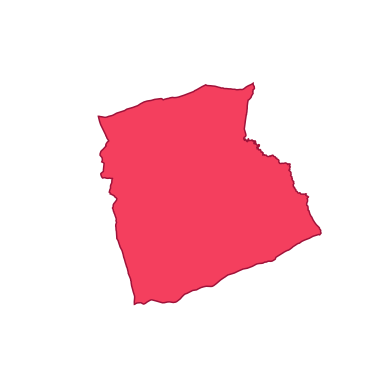 Toca, Boyacá, Colombia, rotated 46°
{"feature_id": "7082276B782512497823", "entity_name": "Toca", "entity_type": "district", "adm_level": 2, "iso_a3": "COL", "parent_name": "Colombia", "parent_adm1": "Boyacá", "projection": "natural_earth1", "projection_center": [-73.168, 5.579], "detail": "fine", "context": "isolated", "style": "filled", "palette": "rose", "viewbox_px": 384, "rotation_deg": 46, "n_neighbors": 0, "source": "geoboundaries", "source_scale": "gbopen_adm2", "svg_char_len": 6037}
<svg xmlns="http://www.w3.org/2000/svg" viewBox="0 0 384 384"><g transform="rotate(46 192 192)"><path d="M101.7,232.6L104.4,232.8L105.1,233.0L106.8,234.3L107.6,236.0L109.2,235.4L110.3,235.3L114.4,240.2L115.6,241.4L115.4,244.6L115.6,245.0L116.1,245.4L117.4,246.1L118.7,246.5L119.8,246.6L120.2,246.0L121.0,244.9L121.4,244.5L122.3,244.2L123.8,243.0L124.8,241.6L125.8,241.0L126.8,239.9L127.0,239.8L127.7,241.2L129.6,243.3L130.6,245.8L131.1,246.5L132.8,248.1L133.2,249.3L134.6,251.6L135.0,251.4L135.4,251.4L136.0,251.7L136.6,252.2L137.6,251.5L138.4,251.4L139.6,250.9L140.2,250.9L140.6,250.6L141.2,250.6L142.0,250.9L143.5,250.6L144.6,250.7L145.5,252.0L145.7,253.8L146.0,254.9L146.0,256.0L146.4,257.3L146.8,257.9L147.9,259.0L148.2,260.2L148.8,260.6L149.8,260.8L151.1,261.8L151.7,261.9L153.2,262.7L154.2,263.0L156.2,264.0L157.9,264.7L158.7,265.2L159.3,265.7L159.9,266.7L161.4,267.3L162.6,269.6L163.7,270.7L164.3,271.0L166.6,273.0L167.8,273.7L173.3,278.4L176.0,279.0L176.3,279.3L181.7,281.9L185.5,283.0L189.1,284.9L191.3,286.3L193.8,287.5L196.9,289.2L198.6,290.0L200.4,291.0L201.3,291.2L205.4,293.6L206.1,294.3L211.9,296.6L213.2,297.6L214.2,297.9L214.3,298.2L215.3,299.0L217.4,300.5L220.9,302.4L222.8,303.5L227.0,305.6L228.2,306.7L230.9,309.8L232.8,311.5L233.0,311.2L233.1,310.1L233.6,308.8L234.1,308.0L236.0,305.8L236.7,305.4L237.3,305.3L238.7,304.8L239.0,304.6L239.3,304.1L239.7,302.8L240.0,300.4L240.8,297.2L241.3,296.2L241.8,295.7L246.3,293.0L251.2,290.2L252.5,288.7L254.1,286.0L255.5,284.4L258.5,282.2L259.8,280.3L260.2,279.2L260.7,274.7L260.4,271.6L260.4,268.7L260.7,267.5L261.4,266.1L263.3,259.9L265.6,256.6L266.1,254.6L267.0,251.9L268.3,249.4L269.7,247.2L273.1,244.0L273.9,243.0L274.4,241.4L274.8,238.2L275.1,232.5L276.6,223.8L279.7,217.8L281.2,213.2L282.9,208.7L285.3,205.1L287.4,200.2L288.7,195.5L289.9,193.6L291.8,191.3L292.5,190.2L292.9,188.6L294.2,186.9L294.5,185.7L295.2,184.7L296.6,183.5L297.4,182.2L298.1,179.3L298.1,178.6L297.4,177.5L297.3,176.7L299.3,167.1L300.1,164.4L300.9,162.8L301.2,161.4L301.5,158.7L301.5,157.5L302.6,151.7L303.4,150.3L303.8,147.3L304.7,144.6L306.8,139.7L307.9,135.7L310.5,130.5L311.5,129.9L311.2,127.7L310.0,127.2L308.9,126.0L307.3,125.9L306.3,125.3L305.3,125.2L301.8,125.3L298.9,124.9L296.1,124.3L293.3,123.3L292.0,123.2L289.7,122.5L286.7,120.9L286.1,120.9L285.9,121.1L285.6,121.0L284.0,119.5L282.8,118.6L282.4,118.5L281.3,118.7L280.2,117.8L279.8,117.2L279.4,116.7L279.2,115.8L278.8,115.2L277.8,114.2L276.6,113.7L276.5,113.4L276.6,112.3L276.4,111.7L275.3,111.8L274.1,112.4L273.5,112.4L272.9,112.2L272.9,111.4L272.8,111.2L272.6,111.3L272.2,111.6L272.2,112.1L271.0,113.2L270.9,113.7L270.1,114.1L269.3,115.0L268.7,115.2L267.5,114.9L267.4,115.0L267.1,115.8L266.6,116.3L266.2,116.4L264.6,116.1L263.8,116.5L263.2,116.3L262.4,115.7L260.5,115.7L260.0,115.1L259.5,115.1L258.9,115.4L258.6,115.3L257.0,114.1L256.9,113.8L256.8,112.9L256.6,112.7L255.7,112.4L255.4,111.8L255.1,111.6L254.1,111.7L252.5,111.3L252.2,111.1L251.8,110.4L251.3,110.4L250.4,109.6L249.3,109.7L248.5,109.5L248.4,109.4L248.4,108.9L248.2,108.5L247.3,107.9L246.6,107.2L243.6,107.1L243.5,106.8L243.8,106.1L243.7,105.9L242.8,105.4L242.6,105.1L242.2,103.9L241.0,103.9L240.4,102.4L239.8,102.1L239.6,102.2L239.3,103.0L238.8,103.1L238.7,104.0L238.4,104.0L238.0,103.8L236.7,104.2L236.1,104.5L235.5,105.4L235.1,106.2L233.8,107.4L233.3,108.3L232.2,109.1L231.5,108.8L230.6,108.7L229.7,107.6L229.4,107.5L228.5,107.5L227.4,107.9L227.1,107.9L226.5,107.6L226.1,108.1L224.7,107.8L224.3,107.8L223.1,108.5L222.8,108.5L222.1,108.2L221.8,108.3L221.3,108.7L221.4,108.9L221.1,109.6L220.8,110.0L221.0,110.6L220.4,110.7L220.1,111.0L220.2,111.3L220.1,111.7L219.4,112.6L219.1,112.9L217.8,113.2L217.2,113.0L216.8,113.4L216.4,113.6L215.9,114.3L215.5,114.1L215.3,114.2L214.6,115.3L213.9,114.7L214.0,114.4L213.2,113.7L212.8,114.0L212.1,113.7L211.4,114.5L209.5,113.5L208.8,113.5L208.6,113.6L208.6,114.3L208.3,114.6L207.6,114.7L207.0,114.6L206.7,114.1L206.3,113.9L206.0,114.1L205.9,114.8L205.5,114.5L205.1,114.5L204.8,114.3L205.1,113.8L205.0,113.1L205.2,112.7L205.6,112.7L205.8,112.2L205.6,111.6L205.0,110.9L204.6,110.9L204.2,111.2L204.0,112.4L203.1,112.7L201.7,112.4L201.6,112.8L201.4,113.1L201.0,113.2L200.2,113.7L199.9,113.6L199.9,113.4L200.2,112.4L200.3,111.5L199.3,111.1L199.1,111.1L198.8,111.4L199.0,111.9L198.9,112.6L197.7,112.3L197.2,113.0L196.4,112.6L196.2,112.7L196.0,113.6L194.5,115.4L194.1,115.4L193.6,114.7L193.0,114.5L192.9,114.8L193.1,115.3L193.5,115.7L193.7,116.3L194.2,116.8L194.1,117.3L193.2,117.4L192.9,117.3L192.6,116.9L192.2,116.9L191.8,117.3L191.4,118.2L191.2,118.2L191.1,117.4L191.0,117.1L190.8,117.0L190.4,117.4L190.2,117.9L189.7,117.9L188.9,116.5L189.3,115.1L188.7,113.8L187.5,113.0L183.5,110.9L183.0,110.6L177.5,103.7L174.1,99.3L174.2,99.1L172.7,97.3L172.6,96.9L171.9,96.3L170.2,94.2L168.4,92.4L166.1,89.5L164.9,87.7L165.2,86.6L165.0,83.9L164.1,82.1L164.0,81.6L163.5,79.6L163.2,79.3L162.1,78.8L161.9,78.6L161.9,78.1L161.7,77.9L160.9,77.1L160.9,76.9L161.0,76.4L161.0,75.4L160.9,75.2L159.4,74.0L157.4,73.5L156.2,72.5L155.9,74.4L154.7,77.7L154.1,80.0L153.7,83.6L153.2,84.6L152.6,85.3L151.6,86.2L150.4,87.8L149.4,88.9L147.8,89.9L146.1,91.6L144.8,92.4L144.8,92.5L143.2,94.0L141.6,95.3L140.2,96.7L139.4,97.3L138.7,97.4L137.7,98.6L136.6,99.2L136.4,99.2L135.1,100.1L132.3,101.7L131.1,102.6L130.2,103.4L128.5,104.8L126.1,107.0L125.3,107.5L124.5,107.6L123.2,111.6L122.6,114.0L121.6,118.0L121.0,119.6L120.9,121.0L116.9,130.4L114.3,135.8L113.0,137.8L111.8,139.2L110.3,140.4L109.0,142.4L108.2,144.2L107.7,144.7L106.3,147.2L105.7,148.7L104.7,148.9L103.9,148.9L103.2,149.5L99.4,154.6L97.8,157.7L95.4,161.1L93.9,164.0L92.8,167.7L92.2,171.0L90.0,176.0L87.1,181.4L86.6,184.0L82.9,191.5L82.0,195.0L81.4,196.5L79.7,199.4L79.1,200.9L78.4,202.1L77.7,202.9L75.0,204.8L73.4,206.1L73.0,206.2L72.5,206.8L76.8,209.3L80.1,210.9L90.6,214.3L91.4,214.6L91.7,214.9L93.0,215.1L93.7,215.6L97.1,216.3L97.4,216.5L97.3,218.4L97.8,220.5L98.4,221.5L98.7,221.8L99.2,221.8L99.5,226.6L99.4,228.4L99.6,229.5L100.7,231.6L101.7,232.6Z" fill="#f43f5e" stroke="#9f1239" stroke-width="1.5"/></g></svg>